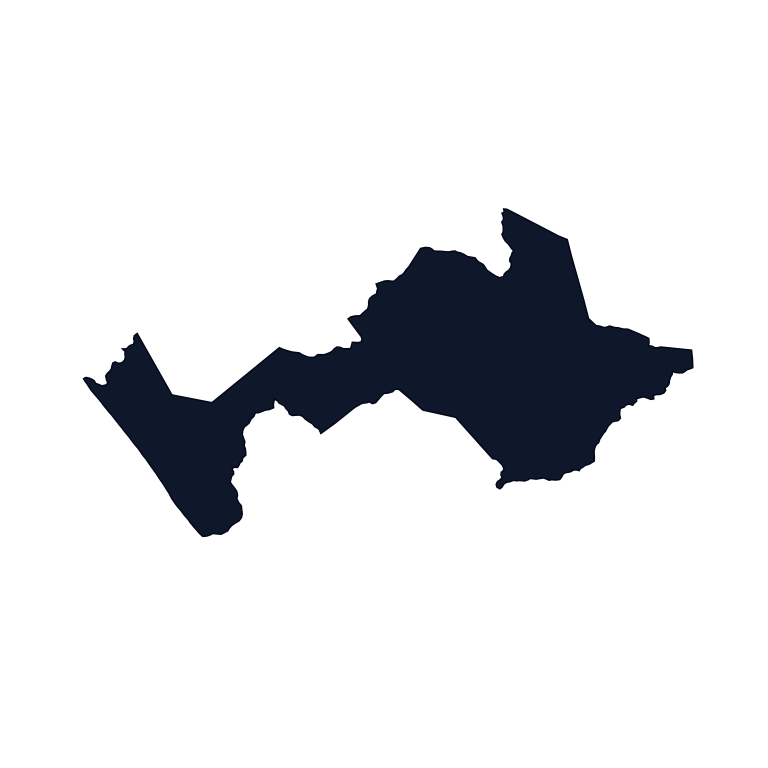 Entre Rios, Bahia, Brazil, rotated 111°
{"feature_id": "56859067B60526671351349", "entity_name": "Entre Rios", "entity_type": "district", "adm_level": 2, "iso_a3": "BRA", "parent_name": "Brazil", "parent_adm1": "Bahia", "projection": "robinson", "projection_center": [-38.013, -12.095], "detail": "fine", "context": "isolated", "style": "filled", "palette": "ink", "viewbox_px": 768, "rotation_deg": 111, "n_neighbors": 0, "source": "geoboundaries", "source_scale": "gbopen_adm2", "svg_char_len": 5247}
<svg xmlns="http://www.w3.org/2000/svg" viewBox="0 0 768 768"><g transform="rotate(111 384 384)"><path d="M177.7,335.0L180.4,333.3L182.3,335.1L184.4,333.0L187.5,331.3L190.7,332.0L193.9,329.3L197.1,328.0L199.4,327.2L202.0,327.5L204.8,324.9L207.2,321.8L208.6,318.3L210.3,315.6L212.0,313.3L212.9,310.7L215.8,311.4L218.2,311.1L221.6,311.5L224.2,310.7L225.6,308.4L229.5,307.4L233.1,308.2L235.6,310.0L238.2,311.1L241.0,310.9L243.4,314.4L243.2,318.3L242.4,322.7L241.7,325.3L240.9,328.6L239.0,331.0L236.9,334.1L236.2,338.9L235.3,341.5L233.6,344.0L234.2,347.3L235.1,351.7L234.3,356.1L234.2,359.9L234.7,362.8L234.4,365.4L235.7,368.0L237.7,371.3L238.9,375.5L239.9,379.2L241.1,382.2L241.9,385.1L240.9,387.6L240.5,390.3L241.7,394.4L244.3,398.4L265.7,402.8L269.8,404.4L272.7,405.0L275.5,406.1L277.6,408.2L281.0,409.6L284.6,411.6L285.5,414.5L286.1,417.0L287.7,420.4L293.4,427.2L297.2,424.0L299.7,423.9L302.3,423.2L306.2,426.4L309.4,428.0L312.5,427.9L316.0,426.5L319.7,426.1L322.2,427.5L325.1,429.0L328.8,430.7L331.0,435.7L333.2,439.0L336.1,440.9L347.8,422.4L350.0,420.5L353.0,420.4L354.7,423.2L355.6,426.1L356.4,428.5L359.2,428.2L362.8,427.8L364.4,431.2L365.6,434.4L365.5,438.3L366.4,441.3L368.9,443.0L372.0,444.1L374.2,445.9L376.3,448.2L378.2,450.5L379.1,453.1L380.3,456.3L384.1,458.7L385.3,461.7L386.1,464.4L386.1,467.2L386.0,470.8L385.3,474.3L386.4,478.6L387.2,481.8L387.7,487.3L387.8,491.6L387.6,494.7L463.1,537.9L470.2,578.1L425.3,632.5L428.3,634.4L431.3,634.0L433.8,632.4L436.5,632.0L439.4,635.2L443.4,637.1L445.0,640.7L446.3,637.4L449.1,636.5L451.9,635.0L454.8,634.8L458.1,636.3L459.9,639.3L459.7,642.9L461.5,644.6L464.3,644.5L467.6,644.0L470.2,644.6L473.0,646.0L476.2,646.7L479.3,644.7L481.9,642.3L484.3,642.9L486.8,646.6L486.7,650.4L486.8,653.5L484.9,655.5L484.2,658.6L484.2,661.6L484.7,664.6L486.7,666.4L488.8,663.8L490.3,661.3L492.1,658.9L494.7,655.3L497.2,650.7L499.5,646.4L501.3,643.2L502.7,640.8L504.1,638.7L505.5,636.3L507.1,633.4L508.9,630.4L510.4,627.3L511.8,625.0L513.5,622.2L515.5,618.8L517.3,615.9L519.0,612.8L521.4,609.0L523.1,605.9L524.6,603.3L526.3,600.7L528.0,598.0L529.5,595.5L530.8,593.2L532.2,590.6L534.2,587.6L537.2,583.2L539.4,579.3L541.5,576.2L544.2,572.3L547.0,568.0L549.5,564.2L552.0,560.8L554.2,557.7L556.1,554.8L558.6,551.5L561.1,548.1L563.2,545.3L565.2,543.1L567.0,541.1L569.2,537.9L571.2,534.9L572.8,532.3L573.9,530.1L575.1,527.9L576.8,525.3L578.4,522.7L579.5,520.4L581.3,517.3L582.8,515.3L584.1,512.8L585.5,510.5L586.9,507.7L588.5,504.8L589.7,502.5L591.2,498.7L589.6,495.2L587.3,492.3L585.0,490.3L584.2,487.7L583.5,485.2L582.7,482.3L580.3,480.1L577.1,477.3L573.9,476.7L571.0,475.6L568.7,474.2L566.7,472.7L563.7,470.3L559.8,469.2L556.1,469.8L552.3,471.8L548.9,473.5L546.8,477.2L543.8,480.3L539.9,481.0L536.8,483.2L534.3,486.9L532.4,490.3L530.7,492.4L527.8,492.8L524.9,493.2L522.0,492.1L519.6,493.2L517.9,495.5L515.6,494.4L514.3,490.8L512.1,490.3L509.4,490.2L506.7,488.8L503.6,489.4L500.0,487.5L497.0,488.8L494.4,490.1L491.6,492.5L487.9,493.2L484.6,496.0L481.8,498.3L477.8,499.2L474.4,499.1L472.0,497.6L468.9,496.0L464.4,495.5L460.7,493.9L456.9,493.8L456.0,491.2L453.7,488.5L451.0,485.5L448.9,481.9L445.7,478.5L442.9,479.9L440.1,480.5L437.4,480.8L437.8,477.4L439.5,474.9L439.7,472.3L440.2,469.1L442.2,466.5L443.5,463.6L446.0,461.4L446.3,458.4L444.6,454.9L443.2,451.5L443.4,448.2L444.9,445.0L446.0,441.1L446.8,436.5L448.7,433.2L449.3,428.6L452.8,425.2L438.2,415.7L417.1,403.4L415.1,402.0L413.0,400.1L411.0,398.7L409.3,396.6L407.8,393.6L405.8,391.2L406.5,387.9L404.4,385.1L397.3,382.6L392.9,380.8L391.2,377.3L388.2,373.3L384.7,371.7L383.7,368.2L389.0,352.9L394.4,338.4L389.4,305.2L391.3,301.6L414.8,255.9L413.9,252.1L415.3,248.6L417.5,244.4L419.7,242.0L421.9,241.4L424.4,242.9L426.9,242.2L429.2,240.2L432.0,241.4L434.5,243.1L437.5,243.3L439.9,241.5L440.3,238.2L437.8,236.8L434.9,236.4L431.9,234.5L430.3,231.7L427.6,228.7L426.9,225.6L425.5,222.9L424.1,217.9L421.7,215.1L419.8,213.8L419.0,210.7L418.2,207.7L416.5,204.9L414.5,201.3L414.5,198.2L414.7,195.4L413.2,193.1L412.3,189.7L410.2,185.7L407.0,184.8L404.1,184.5L401.6,182.7L400.1,179.9L398.6,177.9L396.4,176.3L395.3,173.7L394.9,170.7L392.6,170.4L390.6,168.7L387.7,166.9L385.3,163.7L383.1,162.0L380.6,160.1L376.6,161.5L373.9,162.8L371.5,163.7L369.3,164.2L366.5,164.4L363.9,163.8L361.8,162.6L358.2,162.8L353.8,161.9L351.2,161.3L348.5,160.3L346.1,160.1L343.0,159.6L340.0,158.3L337.8,157.6L336.0,155.3L334.3,152.3L331.3,151.0L327.9,153.1L325.3,154.0L322.2,154.7L319.4,151.5L316.9,150.6L315.0,148.0L314.7,144.2L312.2,143.5L309.6,142.0L307.3,143.0L305.1,140.3L302.9,136.9L302.7,132.3L302.8,129.5L301.2,126.8L298.3,128.3L296.5,126.4L294.7,122.4L292.1,119.5L289.0,118.8L286.7,120.3L284.6,118.6L281.7,117.9L278.3,118.8L274.6,119.0L271.8,118.4L268.8,119.3L268.9,116.6L267.9,112.5L266.5,109.2L264.2,107.5L262.0,106.2L260.4,104.0L258.1,101.6L249.6,105.2L245.2,107.5L242.2,109.0L250.3,138.9L252.2,141.8L253.1,144.2L252.6,147.4L253.6,150.6L249.9,151.6L246.6,153.1L246.2,156.9L246.1,160.4L245.8,163.7L245.7,168.0L245.5,172.5L245.4,175.9L247.0,180.5L247.5,185.0L248.7,189.4L249.0,194.1L250.7,195.9L252.5,198.6L252.6,203.0L253.5,207.0L249.6,216.5L233.5,228.0L197.0,255.2L183.5,264.7L183.3,274.4L182.6,280.3L176.8,331.7L177.7,335.0Z" fill="#0f172a" stroke="#020617" stroke-width="1.5"/></g></svg>